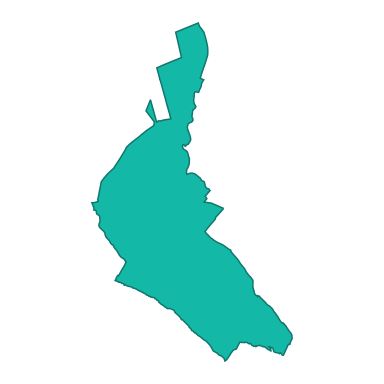 Santa Cruz Tlaxcala, Tlaxcala, Mexico (Equal Earth projection)
{"feature_id": "50627088B88725263381209", "entity_name": "Santa Cruz Tlaxcala", "entity_type": "district", "adm_level": 2, "iso_a3": "MEX", "parent_name": "Mexico", "parent_adm1": "Tlaxcala", "projection": "equal_earth", "projection_center": [-98.126, 19.361], "detail": "fine", "context": "isolated", "style": "filled", "palette": "teal", "viewbox_px": 384, "rotation_deg": 0, "n_neighbors": 0, "source": "geoboundaries", "source_scale": "gbopen_adm2", "svg_char_len": 6021}
<svg xmlns="http://www.w3.org/2000/svg" viewBox="0 0 384 384"><path d="M126.5,147.2L125.2,149.9L120.1,158.4L113.7,168.2L107.4,174.1L103.9,178.3L101.3,181.7L97.7,200.0L98.2,201.5L94.4,202.6L91.9,202.7L93.9,207.8L93.9,210.1L95.6,210.3L96.2,210.9L96.4,212.6L96.7,213.9L97.8,214.7L98.6,215.2L99.4,215.9L99.7,216.8L99.9,218.6L100.0,220.6L99.9,221.4L99.8,222.1L99.0,224.0L98.9,225.2L99.1,226.4L99.4,227.0L100.0,227.8L100.6,228.3L102.3,230.1L103.5,230.9L104.1,231.9L104.8,232.8L105.3,235.4L106.2,237.3L106.8,238.1L107.6,238.8L108.6,240.0L109.1,240.3L109.6,241.0L109.8,241.7L110.5,243.1L110.8,243.5L111.5,243.9L111.9,244.6L112.8,245.1L113.4,245.8L114.0,247.1L114.7,248.3L115.8,249.4L116.9,250.9L119.5,255.4L121.2,257.3L123.5,258.7L124.6,259.7L125.3,261.1L126.0,261.7L125.2,263.9L124.4,265.6L122.0,269.6L118.7,275.5L117.8,275.4L117.6,275.6L116.0,278.4L115.9,280.0L115.1,280.3L115.6,280.9L116.1,280.9L117.1,281.1L117.8,281.5L118.2,282.0L119.0,282.3L120.0,282.3L120.7,282.5L121.5,283.2L123.5,283.7L123.9,284.2L124.2,285.2L124.4,285.3L124.6,285.2L125.1,284.6L125.5,284.7L125.9,285.0L126.1,285.4L126.6,285.7L128.3,286.3L130.9,286.8L131.8,287.2L132.3,287.7L133.6,288.2L134.6,288.3L137.0,289.5L139.5,291.0L140.8,291.4L142.3,292.4L142.8,292.4L143.6,292.9L143.9,293.3L144.6,293.5L146.0,294.3L146.4,294.6L146.5,295.0L148.0,295.3L148.5,295.6L148.8,296.2L149.2,296.4L150.4,296.4L150.7,296.7L150.7,297.0L150.9,297.2L151.6,297.1L153.3,297.6L154.2,297.6L154.6,297.9L154.8,298.2L154.9,298.6L155.8,298.9L156.9,300.2L158.5,300.9L158.7,301.5L159.0,302.5L160.1,303.2L161.1,304.2L162.5,304.9L162.9,305.4L163.7,305.8L164.5,306.7L165.4,307.0L166.0,307.4L166.8,308.3L167.2,308.6L168.7,308.6L169.1,308.5L170.2,308.8L170.8,308.8L171.3,308.9L172.5,309.6L173.3,309.9L173.8,310.3L174.3,310.9L174.7,311.6L175.0,312.5L179.6,316.6L180.5,317.9L180.9,318.8L181.8,319.8L182.2,319.9L182.6,319.9L183.2,320.2L184.0,321.4L184.9,322.2L185.4,322.8L186.0,323.1L186.6,324.0L187.9,325.1L188.7,325.9L188.9,326.4L189.0,327.0L189.9,327.8L190.3,328.5L191.2,329.0L191.6,330.4L191.8,330.6L192.8,330.9L193.5,331.5L194.7,332.9L195.4,332.8L195.6,332.9L195.9,333.2L196.2,333.9L197.6,334.8L197.9,335.4L200.2,336.7L204.0,339.9L206.1,341.1L209.6,344.8L211.4,347.4L213.0,350.6L213.6,351.2L215.8,352.3L217.0,353.1L219.1,355.1L221.6,356.1L223.8,358.1L224.1,358.5L224.9,361.0L226.5,359.9L228.9,356.5L231.2,352.9L233.4,350.0L233.7,349.8L235.0,349.6L235.6,349.4L235.9,349.2L236.4,348.8L236.9,348.0L237.9,345.8L239.7,342.4L240.5,342.3L242.7,342.5L245.4,342.5L246.3,342.3L247.2,342.5L248.4,343.5L248.9,343.7L249.5,343.8L250.5,343.5L251.5,344.9L252.2,345.5L253.0,345.8L253.7,346.4L254.2,346.1L255.0,346.1L255.7,346.6L255.9,346.7L257.0,346.0L256.8,345.8L257.5,345.6L259.7,345.6L259.9,345.3L262.9,346.7L264.7,346.9L265.7,347.6L268.2,349.6L269.4,350.0L270.9,351.0L271.0,350.7L270.6,350.2L270.5,349.9L270.9,348.8L270.8,348.3L270.4,347.8L269.2,347.2L268.8,346.7L269.4,346.7L270.7,347.4L272.6,347.9L273.1,348.4L273.3,350.2L273.6,351.1L274.3,351.9L275.1,352.4L278.0,352.9L279.6,353.7L280.0,353.4L280.3,352.9L280.9,353.1L282.2,355.0L282.9,355.3L283.4,355.2L288.4,344.3L289.2,344.3L289.8,344.5L290.0,344.2L290.3,342.5L291.2,340.3L292.0,339.1L292.1,338.6L291.9,337.9L292.0,337.6L292.0,335.6L291.2,333.5L290.3,332.4L289.7,331.8L286.4,326.9L286.3,326.5L285.8,325.8L285.1,325.2L284.7,324.7L284.4,324.0L283.9,324.0L283.6,323.7L283.2,322.9L281.9,322.7L281.4,322.4L280.4,321.2L279.1,318.9L278.5,318.1L277.6,316.2L277.1,315.8L275.4,313.3L274.0,311.7L273.6,311.0L272.7,309.3L271.8,308.2L269.7,306.2L268.1,305.3L267.0,304.5L266.0,303.1L264.9,302.0L264.3,301.3L260.8,298.0L259.6,296.5L258.7,295.9L258.3,295.8L258.0,296.0L257.6,296.7L257.4,296.7L257.2,295.8L257.0,295.5L256.0,295.4L255.2,294.8L254.1,292.2L254.2,291.6L254.0,291.0L253.0,287.7L252.8,285.7L252.9,282.7L253.0,280.8L252.9,280.4L250.8,277.3L250.1,276.5L249.3,275.9L247.0,273.0L246.3,271.9L246.0,271.3L244.6,268.8L240.5,263.7L238.4,260.4L237.0,258.6L232.0,252.9L231.0,251.4L230.9,250.7L230.5,250.0L229.6,249.6L227.7,248.5L227.1,247.9L225.6,247.0L225.0,246.3L223.3,245.2L220.4,243.7L217.0,242.2L213.9,240.2L212.3,238.9L211.2,238.3L209.7,236.9L207.5,234.4L206.4,233.7L205.5,232.1L205.0,231.5L208.7,226.8L215.3,219.1L215.4,218.8L215.5,217.7L215.7,217.3L219.1,213.6L223.2,209.0L223.1,208.3L222.8,208.0L220.9,207.3L211.4,203.1L204.1,202.1L206.9,198.7L205.2,196.2L210.1,190.5L209.6,190.1L208.8,188.9L206.7,188.2L206.1,187.7L205.2,186.1L204.9,184.1L204.4,182.2L203.8,181.4L202.3,180.9L201.4,180.2L200.2,178.1L197.3,175.8L196.5,175.0L195.0,174.0L193.2,173.3L191.7,173.1L190.7,173.1L189.4,173.4L187.8,174.0L187.0,174.4L186.6,173.2L186.5,171.9L186.5,171.1L187.0,169.0L187.7,168.0L188.3,166.7L188.8,165.5L189.1,164.2L189.3,162.1L189.4,160.8L189.3,159.9L189.4,158.8L189.3,157.9L188.6,156.8L188.4,155.3L187.4,152.0L185.7,150.3L184.6,149.9L183.8,149.3L182.9,147.8L182.4,146.4L182.6,146.0L182.7,145.2L183.0,144.7L183.6,144.6L185.3,146.3L185.8,146.0L186.1,145.1L186.5,144.6L186.8,144.4L187.7,144.6L188.4,144.0L190.5,140.5L190.7,139.1L190.3,136.4L187.7,129.4L187.3,127.1L187.8,124.9L188.4,123.7L189.7,122.7L191.1,122.3L192.1,121.7L193.0,120.3L192.9,119.0L192.3,117.5L191.9,116.1L192.3,113.9L192.5,111.5L193.0,110.1L195.2,108.0L195.9,106.7L195.5,105.8L194.5,104.3L193.8,102.1L193.7,100.9L193.8,99.0L193.9,97.7L194.2,96.6L194.2,93.8L194.6,92.5L195.3,91.9L196.1,91.8L198.1,92.4L198.6,92.2L199.0,91.5L199.6,89.7L201.2,86.3L201.5,84.0L201.7,83.4L203.3,80.2L203.7,79.9L200.2,78.1L202.1,72.2L205.6,62.0L207.6,55.4L207.8,53.5L207.8,49.9L207.6,47.0L206.7,42.4L205.6,38.0L204.6,34.5L204.1,32.8L203.6,31.8L201.5,28.8L200.5,27.7L199.5,26.3L198.9,24.8L198.3,23.0L197.9,23.1L175.7,32.2L181.5,57.5L164.7,64.4L156.8,67.8L158.8,75.0L159.9,79.7L160.5,81.2L163.1,90.5L165.9,100.7L166.7,103.9L169.8,114.7L170.1,116.2L170.8,118.9L163.7,120.0L160.7,120.9L158.4,120.9L156.6,122.0L150.6,100.3L150.3,100.2L146.0,110.9L153.7,121.1L154.2,122.0L154.1,124.3L153.6,125.7L146.5,130.6L142.1,134.1L139.5,136.4L133.0,141.4L129.9,143.9L126.5,147.2Z" fill="#14b8a6" stroke="#0f766e" stroke-width="1.5"/></svg>